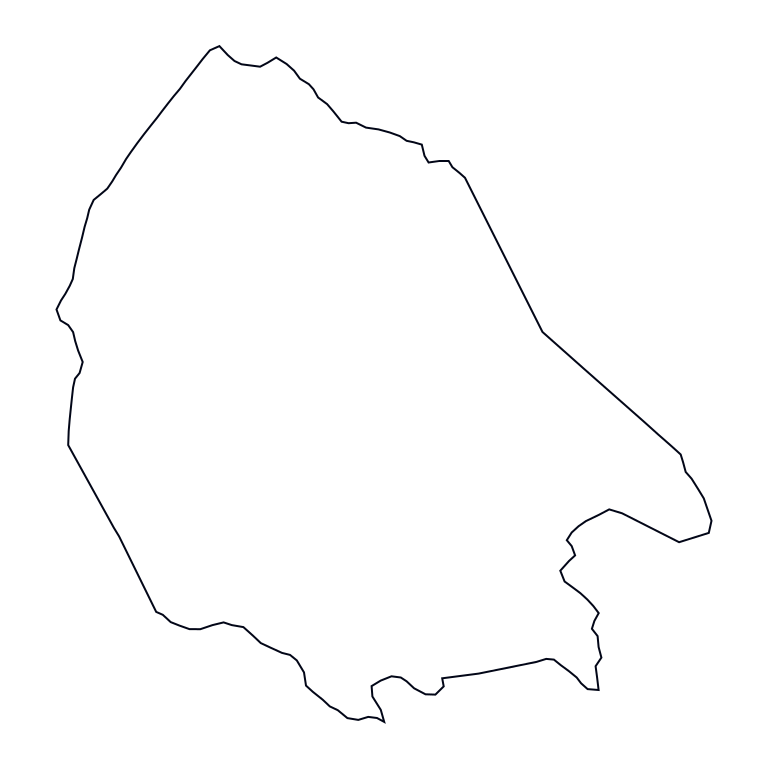 Brejões, Bahia, Brazil
{"feature_id": "56859067B95003995902113", "entity_name": "Brejões", "entity_type": "district", "adm_level": 2, "iso_a3": "BRA", "parent_name": "Brazil", "parent_adm1": "Bahia", "projection": "mercator", "projection_center": [-39.848, -13.069], "detail": "fine", "context": "isolated", "style": "outline", "palette": "ink", "viewbox_px": 768, "rotation_deg": 0, "n_neighbors": 0, "source": "geoboundaries", "source_scale": "gbopen_adm2", "svg_char_len": 2143}
<svg xmlns="http://www.w3.org/2000/svg" viewBox="0 0 768 768"><path d="M465.0,177.8L459.7,173.1L452.4,167.2L448.7,161.0L439.1,161.0L428.6,162.5L424.5,155.8L421.8,144.6L413.8,142.3L406.6,140.8L399.8,136.1L389.8,132.5L378.5,129.4L366.0,127.6L356.1,122.7L348.6,123.2L341.6,121.7L333.2,111.2L327.1,104.1L318.1,97.5L313.5,89.3L308.9,84.2L299.9,78.7L294.1,70.7L286.6,64.0L276.2,57.5L267.5,62.8L260.1,66.7L250.9,65.5L241.5,64.3L234.5,61.0L227.7,55.0L219.4,46.1L209.9,50.3L202.7,59.0L197.7,65.5L191.6,73.3L185.5,81.1L179.9,88.9L173.9,96.0L168.1,103.3L162.0,111.2L157.1,117.7L151.1,125.2L144.1,134.1L137.3,143.1L130.9,152.0L126.1,159.0L121.0,167.7L116.0,175.1L112.3,181.3L107.3,188.6L101.4,193.6L93.7,199.9L89.2,209.7L87.2,218.2L84.6,226.9L82.0,237.8L78.9,249.8L76.7,258.8L74.3,268.2L72.8,279.0L69.8,285.7L65.3,293.9L61.0,300.5L56.5,309.5L60.4,320.4L68.2,325.1L73.1,332.1L75.2,341.1L78.1,350.5L82.7,362.0L79.6,373.0L75.0,378.7L73.1,387.4L71.8,399.1L70.6,410.5L69.7,419.3L68.7,431.0L68.2,445.1L113.8,527.7L119.1,536.4L156.2,611.9L162.8,614.8L170.7,622.1L179.5,625.6L189.4,629.1L200.3,629.2L212.5,625.1L223.6,622.4L231.8,625.1L243.4,627.1L253.1,635.8L260.8,643.1L270.2,647.5L282.0,652.9L290.0,654.9L296.8,660.4L304.0,672.4L306.0,685.6L312.8,691.8L322.7,699.7L329.8,706.4L337.8,710.2L347.4,718.1L358.3,719.9L368.2,716.9L377.0,718.0L384.2,721.9L380.8,709.9L372.4,696.5L371.6,686.1L380.7,680.6L391.5,676.3L400.8,677.5L406.6,681.3L414.1,688.3L425.5,694.3L435.4,694.6L443.7,686.4L442.2,678.3L478.6,673.6L536.5,661.9L546.2,658.9L553.9,659.6L560.7,665.1L569.1,671.3L576.7,677.5L581.1,683.3L587.6,689.1L598.6,690.0L597.1,677.5L595.6,666.2L601.4,657.6L598.6,647.0L597.6,636.1L591.9,628.8L594.4,620.9L598.7,613.1L593.4,606.1L587.3,599.5L580.4,593.2L572.8,587.5L564.6,581.5L560.3,570.7L569.1,560.9L575.1,555.4L571.7,546.1L566.8,540.2L571.7,532.5L578.6,526.2L585.9,521.1L599.0,514.8L609.2,509.4L622.1,513.3L679.1,542.2L708.8,532.9L711.5,520.8L706.4,506.0L703.8,498.4L698.2,489.2L691.6,478.7L685.7,472.0L683.1,462.3L680.7,454.5L671.2,445.9L658.2,434.5L645.3,422.9L597.1,380.4L583.5,368.4L542.5,332.0L465.0,177.8Z" fill="none" stroke="#020617" stroke-width="2"/></svg>